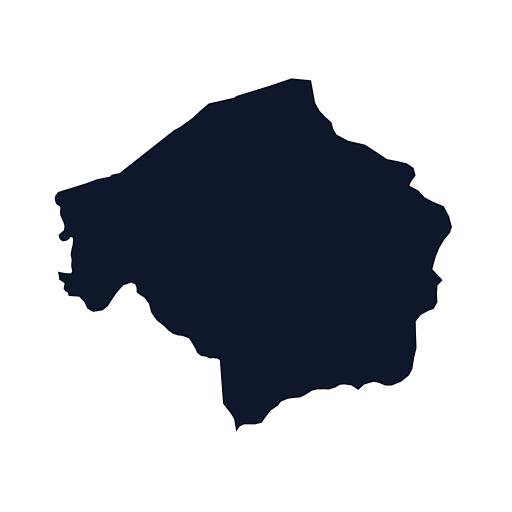 outline of Sibu, Sarawak, Malaysia, rotated 349°
{"feature_id": "92858781B78222049981806", "entity_name": "Sibu", "entity_type": "district", "adm_level": 2, "iso_a3": "MYS", "parent_name": "Malaysia", "parent_adm1": "Sarawak", "projection": "orthographic", "projection_center": [111.821, 2.297], "detail": "fine", "context": "isolated", "style": "filled", "palette": "ink", "viewbox_px": 512, "rotation_deg": 349, "n_neighbors": 0, "source": "geoboundaries", "source_scale": "gbopen_adm2", "svg_char_len": 2220}
<svg xmlns="http://www.w3.org/2000/svg" viewBox="0 0 512 512"><g transform="rotate(349 256 256)"><path d="M330.9,406.0L337.3,402.1L347.6,401.1L352.6,403.2L358.5,407.1L364.4,408.3L374.3,406.3L382.9,401.7L387.3,396.4L391.2,385.6L395.3,376.5L397.6,362.0L399.6,350.3L406.0,344.7L413.9,342.1L420.0,341.1L424.6,335.5L425.6,327.6L427.9,319.0L433.5,315.1L425.7,302.6L431.6,290.7L436.8,282.7L442.7,276.0L450.3,269.6L453.1,264.8L452.3,253.7L449.1,243.4L440.0,237.4L432.0,231.0L427.6,223.5L418.9,216.3L421.7,212.3L427.2,207.2L426.8,200.0L421.3,194.5L412.5,190.5L402.6,186.5L392.2,176.2L383.9,168.2L368.0,161.1L357.6,152.7L355.3,146.0L354.9,139.6L349.7,132.8L345.3,125.7L342.5,116.9L342.8,95.9L342.8,94.6L341.5,94.2L324.6,89.2L302.5,92.2L267.8,95.9L265.0,97.2L239.0,98.0L229.0,103.6L220.7,108.9L206.2,115.6L199.7,117.6L137.8,149.5L134.3,149.3L130.2,149.5L127.6,151.1L123.7,151.0L119.4,151.0L114.7,151.1L103.8,152.9L78.9,155.6L74.2,156.2L71.2,158.9L70.1,161.7L70.1,164.3L70.6,166.6L73.0,169.0L74.0,171.0L73.2,173.9L72.4,178.0L73.2,182.2L74.2,186.3L74.5,190.2L73.0,194.6L67.0,198.0L67.2,201.4L69.1,203.9L72.2,204.2L74.6,203.4L77.7,201.1L80.3,202.4L80.3,205.3L79.0,209.9L76.8,214.6L75.1,219.2L75.1,224.5L73.4,230.7L73.4,236.3L71.4,238.6L64.8,237.0L59.4,234.7L59.4,239.6L58.9,241.1L63.8,245.9L61.7,251.5L63.0,254.1L65.0,255.4L65.3,258.9L75.2,261.5L79.5,268.6L81.1,275.0L85.6,279.0L95.0,279.3L100.6,276.2L106.2,270.4L111.3,265.3L119.7,258.7L122.8,258.4L128.4,257.4L132.7,260.2L133.5,264.5L132.7,268.6L135.3,271.6L139.1,275.0L140.8,278.5L142.6,282.8L142.9,287.7L143.1,291.0L144.9,295.3L144.9,295.8L145.9,297.4L147.2,300.2L153.1,307.0L156.4,311.9L159.9,315.7L164.3,318.2L168.8,319.7L175.2,323.6L177.2,328.7L179.5,335.3L180.5,339.6L183.8,343.2L187.4,344.2L191.5,347.0L194.5,347.2L199.6,349.0L201.4,351.3L196.3,394.3L198.4,398.9L200.4,402.5L201.7,405.0L202.9,408.1L204.2,411.6L203.9,422.8L207.0,419.5L212.1,418.2L216.4,419.0L222.8,420.3L229.7,420.0L232.7,416.7L237.0,412.9L240.6,409.8L248.7,406.3L252.3,403.0L259.9,401.4L267.3,401.9L272.2,402.5L278.0,400.9L284.9,398.1L291.2,397.9L297.6,399.1L302.4,400.2L308.8,399.4L313.6,397.6L318.2,398.1L325.1,400.4L327.9,403.0L330.9,406.0Z" fill="#0f172a" stroke="#020617" stroke-width="1.5"/></g></svg>